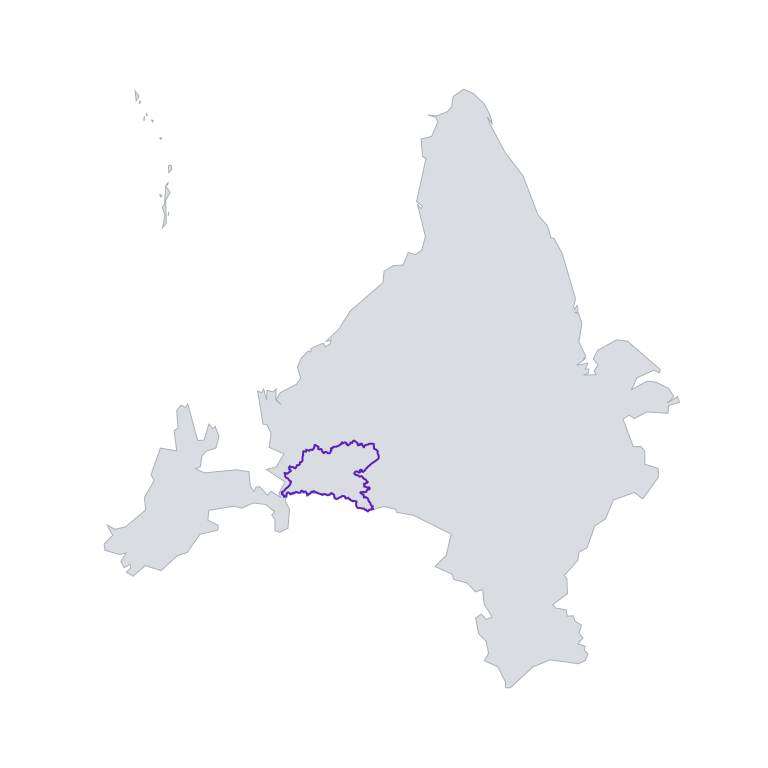 Bihar on a map of India (Mercator projection), rotated 175°
{"feature_id": "IND-3258", "entity_name": "Bihar", "entity_type": "State", "adm_level": 1, "iso_a3": "IND", "parent_name": "India", "parent_adm1": "", "projection": "mercator", "projection_center": [85.594, 25.909], "detail": "fine", "context": "in_parent", "style": "outline", "palette": "violet", "viewbox_px": 768, "rotation_deg": 175, "n_neighbors": 0, "source": "natural_earth", "source_scale": "10m", "svg_char_len": 9705}
<svg xmlns="http://www.w3.org/2000/svg" viewBox="0 0 768 768"><g transform="rotate(175 384 384)"><path d="M91.3,340.0L102.5,337.7L103.6,330.0L124.2,333.3L137.9,327.8L142.5,331.7L149.0,328.1L141.1,300.0L133.4,299.2L130.1,294.6L131.0,281.3L118.2,276.0L118.8,267.4L136.2,247.0L144.1,254.1L165.6,248.4L175.1,230.4L186.4,224.1L196.0,203.2L204.5,199.5L206.3,191.5L221.1,177.5L218.8,174.0L219.5,159.1L235.0,149.7L233.1,146.0L222.1,143.1L221.7,136.8L215.5,136.5L214.5,131.2L208.4,126.5L211.4,118.8L207.9,113.7L213.4,108.3L206.4,105.1L207.8,101.2L204.2,97.8L207.6,91.1L214.4,88.3L242.7,94.7L260.4,89.1L284.6,70.4L289.5,70.8L288.9,76.4L295.2,92.2L308.1,99.6L303.2,106.6L304.8,119.0L311.4,126.9L313.1,142.9L307.1,146.3L302.7,140.6L296.5,142.5L303.4,155.8L303.6,170.8L310.9,168.9L318.6,178.5L331.8,183.3L332.6,188.4L349.1,197.8L336.9,207.9L330.2,228.6L366.0,250.6L382.5,255.0L383.7,258.5L394.8,261.8L410.9,259.1L421.3,263.4L422.8,269.3L434.0,275.8L440.6,273.8L445.1,279.1L489.3,284.1L492.6,276.4L489.1,267.2L492.2,248.7L501.0,245.4L505.5,247.4L504.4,258.4L507.3,263.1L504.2,266.2L512.4,274.3L524.8,276.9L536.5,272.7L544.4,275.3L569.6,273.4L571.3,263.6L561.5,257.6L562.3,253.0L580.6,250.3L594.8,233.2L605.0,230.9L622.3,217.5L637.7,223.9L650.7,214.4L657.1,219.0L652.4,222.8L652.7,226.5L658.7,223.6L661.6,230.1L655.6,238.2L662.0,237.1L676.5,242.6L676.7,249.0L667.5,256.9L672.1,267.6L664.6,262.7L653.8,264.3L632.5,279.2L632.5,291.7L621.4,307.8L624.0,313.8L612.4,339.6L596.3,335.5L597.1,355.9L593.0,358.1L592.8,375.5L587.9,380.8L584.1,377.7L581.2,381.0L574.6,343.9L568.2,343.8L562.0,359.2L558.3,354.4L555.9,356.5L552.9,346.1L557.0,334.9L567.2,332.6L571.7,327.9L574.2,317.5L579.1,316.1L570.7,311.1L538.3,311.4L526.2,308.4L526.0,293.9L522.9,287.8L520.5,292.5L516.9,292.5L509.8,283.4L506.0,287.0L496.8,280.0L498.2,284.3L491.1,295.1L508.5,309.1L498.5,310.7L489.8,323.1L503.9,330.9L500.8,344.1L503.9,353.2L508.0,354.7L510.5,388.0L506.6,386.0L504.3,389.5L502.3,377.9L501.1,387.9L495.1,385.8L491.8,388.4L493.3,377.5L488.2,372.4L492.6,377.9L488.3,384.3L471.3,391.3L466.5,397.0L468.8,408.5L464.3,416.8L456.8,423.4L454.2,422.4L453.6,425.8L440.7,430.1L439.3,425.9L434.2,428.7L432.8,432.2L438.0,431.5L424.6,442.2L411.2,459.8L376.2,485.0L374.1,496.3L364.2,501.1L354.6,500.9L348.4,513.0L341.8,510.2L334.7,514.0L329.9,527.3L335.0,560.2L331.9,555.4L330.0,557.7L335.7,562.7L322.6,604.8L325.8,607.2L325.6,625.0L315.0,626.4L307.5,640.5L309.1,645.2L317.0,648.1L308.3,646.5L297.1,649.8L292.5,654.2L289.9,664.5L279.0,670.7L269.9,665.9L259.6,654.0L255.0,642.8L253.4,633.1L257.7,641.1L255.5,633.2L243.0,603.8L227.3,579.1L216.0,539.3L207.4,527.2L205.0,515.1L201.9,514.0L195.1,498.4L185.8,452.4L188.4,444.4L187.7,441.6L185.0,445.3L184.3,443.1L184.5,438.5L188.0,438.9L184.0,437.1L181.6,427.1L186.2,409.1L180.7,394.1L183.0,392.0L180.5,392.2L190.6,385.9L179.1,387.1L182.3,381.1L178.7,381.0L179.3,377.1L184.5,375.5L171.9,374.7L173.7,378.6L169.0,384.4L173.3,390.7L168.5,398.7L148.6,407.7L137.8,405.5L107.4,374.2L109.0,371.0L113.6,374.3L131.6,368.1L137.9,356.8L121.4,364.0L112.7,362.1L100.8,354.7L96.3,346.3L103.5,340.2L92.7,345.8L91.3,340.0ZM584.2,600.2L580.4,593.3L585.5,586.1L586.9,562.8L591.0,558.9L587.5,571.4L589.5,579.7L587.0,581.8L584.2,600.2ZM606.2,687.7L606.4,697.6L602.9,692.2L606.2,687.7ZM579.8,620.3L577.1,620.5L576.7,616.3L579.9,613.3L579.8,620.3ZM597.3,671.9L597.1,674.8L596.4,672.1L597.3,671.9ZM600.4,667.9L599.3,671.8L599.7,667.7L600.4,667.9ZM603.6,684.2L602.5,687.2L601.7,686.1L603.6,684.2ZM585.9,648.5L584.0,648.6L585.0,647.0L585.9,648.5ZM583.5,601.7L581.6,603.3L582.5,600.8L583.5,601.7ZM590.1,590.0L591.0,592.8L588.8,590.7L590.1,590.0ZM592.6,667.2L591.0,666.7L591.7,665.2L592.6,667.2ZM584.3,571.2L583.4,574.3L583.9,571.0L584.3,571.2Z" fill="#d9dde1" stroke="#a8b0b8" stroke-width="1"/><path d="M481.8,283.8L483.0,283.1L483.6,283.5L483.9,283.6L484.2,283.4L484.5,282.6L485.4,282.8L485.8,282.8L486.4,282.3L486.8,282.2L487.3,282.7L487.7,283.5L487.9,283.7L488.9,284.4L489.5,284.3L490.3,283.5L490.9,282.5L491.0,281.5L491.0,281.0L491.1,280.5L492.0,280.7L493.3,280.3L493.5,280.4L493.5,280.5L493.3,281.4L494.1,282.0L495.0,283.0L494.5,283.4L494.5,283.8L495.4,284.4L495.5,284.7L495.4,285.0L494.7,285.2L493.8,285.9L493.0,286.2L491.0,288.3L490.1,288.8L489.7,289.2L489.0,289.4L488.8,289.5L488.1,290.4L486.7,291.5L486.2,292.1L486.0,292.4L485.9,293.2L485.7,294.0L485.2,294.3L485.1,294.6L485.5,295.4L486.7,296.1L487.2,297.0L487.5,297.7L488.0,298.2L488.2,298.5L489.5,299.1L490.2,299.8L490.5,301.2L490.2,302.7L490.7,303.3L490.7,304.0L489.5,303.7L489.2,303.6L489.1,303.3L488.9,303.1L488.5,303.0L487.8,303.4L487.0,303.7L486.6,304.2L486.4,304.4L484.7,305.2L484.7,305.4L484.3,305.8L484.3,306.0L484.6,306.2L484.9,306.7L485.3,306.7L485.6,307.1L485.9,308.2L486.1,308.5L485.7,309.4L485.0,310.1L484.8,309.6L484.3,309.3L483.9,309.3L483.0,309.4L482.5,309.2L481.3,308.9L480.7,308.1L479.8,307.7L478.8,308.6L478.5,309.0L478.4,309.5L478.1,309.8L477.8,310.7L477.5,310.8L476.4,310.5L476.1,310.7L475.4,310.8L475.2,311.0L475.0,311.5L474.5,313.4L473.7,313.2L473.0,313.5L472.3,314.2L471.7,315.2L471.7,315.5L471.7,317.9L471.6,318.4L470.7,319.8L470.9,320.5L470.6,321.5L470.7,322.2L470.3,323.3L470.3,323.8L470.2,324.0L469.6,324.0L468.5,323.6L467.7,323.4L467.6,323.8L467.1,324.5L467.1,325.2L465.6,324.7L464.9,324.2L464.4,324.0L464.0,324.1L463.8,324.6L463.3,324.8L462.3,325.0L461.4,324.5L461.0,324.5L459.2,326.3L459.0,327.1L459.0,327.9L458.5,328.3L458.5,328.9L458.3,329.4L458.0,329.4L457.6,329.2L456.4,328.2L454.8,327.3L454.7,326.9L455.2,326.3L455.3,325.9L455.3,325.2L455.1,324.8L454.5,324.7L453.7,324.4L453.1,324.7L452.7,324.7L452.3,324.7L452.0,324.4L451.6,323.8L451.4,322.1L451.2,321.7L450.9,321.5L449.9,321.2L450.2,320.6L450.0,320.4L449.6,320.5L448.4,321.4L447.5,321.5L446.2,320.1L445.8,319.9L444.1,319.9L443.8,320.0L443.4,320.6L443.1,321.2L443.1,321.9L442.8,322.4L442.2,322.6L442.5,323.6L442.5,324.4L442.3,324.6L442.1,324.8L441.6,324.8L440.8,324.6L440.6,325.0L439.7,325.9L438.8,325.7L438.0,325.8L437.0,325.7L436.7,325.9L434.8,326.2L434.6,326.6L432.6,327.4L432.4,327.6L432.3,328.2L430.9,329.4L430.8,329.2L430.9,328.5L430.9,328.3L429.5,328.7L428.8,329.1L428.4,329.2L427.3,329.1L426.9,328.7L426.7,327.3L426.5,327.2L426.0,327.4L425.9,327.3L425.7,326.2L425.4,326.0L425.1,326.0L422.9,327.4L422.3,328.7L421.4,328.5L420.9,328.2L420.6,328.7L420.1,329.2L419.9,329.7L419.5,330.1L418.8,330.2L418.2,329.9L417.8,329.3L416.4,328.4L415.4,327.2L415.6,326.6L415.6,325.8L415.2,325.2L414.8,325.2L414.5,325.5L414.0,325.3L413.6,325.5L413.2,325.4L413.0,325.5L413.1,326.1L412.9,326.4L412.6,326.4L412.5,325.8L412.2,325.7L412.0,326.4L411.7,326.6L411.2,326.2L410.0,323.2L409.5,322.8L409.3,323.0L408.9,324.0L408.4,324.2L408.2,324.6L407.8,324.8L407.5,324.9L406.1,325.1L405.3,325.0L404.8,325.1L404.4,325.6L404.1,325.7L403.0,325.8L399.8,325.2L399.5,325.2L399.5,323.9L399.6,323.1L399.3,322.2L399.7,321.4L399.5,320.5L399.2,320.1L398.5,319.9L397.9,319.6L397.5,319.2L397.1,318.6L396.7,318.3L396.2,317.9L396.1,317.6L396.1,317.3L396.4,316.4L396.3,314.9L395.6,313.6L395.5,313.1L395.8,310.8L396.2,310.1L396.7,309.6L398.7,308.5L399.4,308.0L404.6,305.0L405.1,304.6L405.4,304.0L406.8,303.4L407.2,303.1L407.4,302.7L409.2,301.3L410.3,299.9L412.0,298.5L412.7,298.3L413.4,298.7L413.4,299.7L413.6,300.2L414.0,300.5L414.6,300.6L415.3,300.4L415.6,300.2L415.7,299.7L415.4,298.9L415.4,298.4L416.2,298.0L416.6,297.9L416.9,298.0L417.9,298.9L418.9,299.3L419.6,299.3L420.0,299.2L421.0,298.4L421.1,297.9L421.3,297.7L421.4,297.4L421.2,297.1L419.8,295.7L418.3,295.5L417.4,294.9L417.0,294.3L416.6,293.9L416.0,293.9L414.7,294.2L414.3,294.1L414.0,293.9L413.5,293.2L413.2,292.3L412.6,292.1L412.5,291.7L412.1,291.1L410.4,290.3L409.9,289.0L409.5,288.5L408.8,288.0L408.8,287.7L408.9,287.4L409.2,287.0L410.9,286.8L411.5,286.3L412.4,286.5L412.8,286.2L412.5,285.6L412.3,285.1L412.8,284.0L412.8,283.8L412.7,283.6L410.8,283.1L409.4,282.0L408.9,282.4L408.5,282.5L407.6,282.2L407.5,281.8L407.5,280.7L407.6,280.4L408.0,280.3L408.2,281.0L408.4,281.1L408.9,280.4L410.2,280.0L410.5,279.4L410.8,278.3L411.1,278.1L412.4,278.0L413.7,278.3L416.8,278.2L417.0,278.0L416.7,277.4L415.2,275.9L414.8,275.7L414.0,275.7L413.9,275.3L414.0,273.5L413.9,273.0L413.6,272.6L412.9,272.6L412.3,273.0L412.1,273.0L411.3,272.3L410.5,271.9L409.6,270.2L409.7,269.5L409.6,268.8L409.1,268.3L408.7,267.5L407.9,266.7L407.9,265.2L407.6,264.6L406.8,263.9L406.9,262.9L406.7,262.7L406.0,262.8L406.1,262.4L406.6,262.0L406.6,261.8L406.5,261.4L405.9,260.7L405.8,260.4L407.5,260.0L408.6,260.3L409.2,260.2L409.7,259.9L410.7,258.7L411.1,258.5L411.4,258.6L411.5,259.0L412.4,259.5L412.8,260.3L413.6,260.2L413.9,260.5L414.5,261.4L414.9,261.7L420.7,262.8L421.3,263.2L421.8,263.9L422.3,265.6L422.3,266.5L422.2,267.4L421.6,268.9L421.7,269.4L421.9,269.5L424.4,270.2L424.6,270.2L425.2,269.9L425.5,269.9L425.7,270.3L426.2,270.6L427.6,271.2L427.9,271.6L428.2,272.5L429.5,273.0L429.5,273.7L430.0,273.7L431.2,273.3L431.6,273.2L432.4,273.5L432.5,275.0L433.1,275.6L434.9,276.1L435.9,275.9L436.9,274.9L437.6,275.1L438.0,275.0L439.6,274.1L441.2,273.5L441.4,273.5L443.0,274.4L443.2,274.8L443.4,275.5L443.3,277.2L443.5,278.0L444.8,279.2L445.4,279.1L445.6,279.3L445.7,279.8L445.8,279.9L446.5,279.6L448.3,278.2L449.5,278.0L450.1,278.2L451.6,279.1L452.3,279.2L453.2,279.6L453.8,279.2L454.9,278.9L455.3,279.0L455.4,279.4L455.6,279.6L456.3,279.6L458.2,280.5L459.2,280.8L460.4,281.8L461.8,282.4L463.2,283.3L463.6,283.3L464.0,282.7L464.3,282.6L465.2,283.0L465.7,282.8L466.2,282.5L466.6,282.0L466.8,281.5L467.4,281.2L468.8,280.7L469.9,279.6L470.1,279.6L470.2,280.4L470.6,282.2L471.0,282.9L471.4,283.6L472.0,283.8L473.7,283.5L474.2,284.3L475.3,284.9L475.6,284.9L475.9,284.7L476.5,283.6L477.0,283.2L477.7,283.1L478.9,283.1L480.4,284.0L481.1,284.2L481.8,283.8Z" fill="none" stroke="#5b21b6" stroke-width="2"/></g></svg>